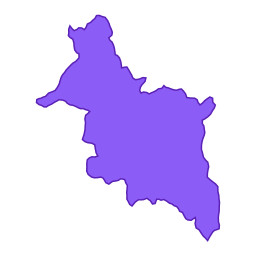 the district of Borda da Mata, Minas Gerais, Brazil
{"feature_id": "56859067B81433489923688", "entity_name": "Borda da Mata", "entity_type": "district", "adm_level": 2, "iso_a3": "BRA", "parent_name": "Brazil", "parent_adm1": "Minas Gerais", "projection": "equal_earth", "projection_center": [-46.16, -22.254], "detail": "fine", "context": "isolated", "style": "filled", "palette": "violet", "viewbox_px": 256, "rotation_deg": 0, "n_neighbors": 0, "source": "geoboundaries", "source_scale": "gbopen_adm2", "svg_char_len": 3030}
<svg xmlns="http://www.w3.org/2000/svg" viewBox="0 0 256 256"><path d="M105.2,17.4L102.0,16.5L99.2,15.4L96.5,15.6L95.0,18.4L92.6,20.4L90.5,22.5L87.4,24.0L86.0,27.4L84.3,29.7L81.8,28.0L78.8,27.8L76.7,29.6L74.0,30.6L72.0,28.6L69.9,25.9L68.7,29.3L68.8,32.9L68.4,35.7L70.2,37.6L72.9,39.3L73.9,43.2L74.1,46.4L74.7,49.9L76.6,52.6L79.0,54.0L79.0,57.9L75.7,61.5L72.9,63.1L70.7,65.2L68.0,68.0L66.0,70.3L64.5,72.6L62.8,74.5L61.3,77.0L60.1,80.7L59.2,84.0L57.3,87.5L55.1,90.5L53.1,91.4L48.6,93.1L45.5,96.4L42.9,97.2L40.9,98.3L38.9,98.6L36.8,99.6L36.5,102.6L39.1,104.6L41.8,105.5L44.0,106.9L46.4,106.9L48.3,105.6L51.6,104.1L54.1,102.5L56.1,101.4L59.1,99.8L62.8,100.1L65.6,101.3L67.1,103.1L69.8,104.8L73.3,105.4L76.1,106.6L78.3,107.8L80.7,108.7L83.4,108.6L85.4,109.6L87.8,110.2L89.7,111.5L87.9,113.5L85.7,115.2L84.9,118.8L85.5,122.8L85.2,126.0L85.0,129.9L84.1,134.3L82.4,139.5L84.7,141.5L87.8,142.7L91.8,143.2L94.8,144.8L95.3,148.6L96.1,152.7L97.8,156.0L94.9,157.0L91.6,156.8L89.1,158.1L87.3,159.8L86.8,163.7L86.9,167.3L86.7,171.1L88.2,174.5L91.5,177.0L94.4,177.8L97.8,177.6L100.9,177.1L103.0,178.0L104.4,180.1L105.9,182.7L108.9,184.1L112.5,181.4L115.5,181.0L118.2,180.4L120.6,178.9L122.6,179.0L124.7,179.6L125.9,183.1L127.3,185.3L127.1,188.8L126.7,192.6L127.0,195.5L126.9,199.1L128.1,201.2L129.7,204.4L132.0,206.0L133.5,204.2L135.4,201.9L138.4,199.8L141.2,199.8L143.6,199.6L146.9,198.3L150.3,200.7L152.5,204.0L155.1,203.5L156.7,199.2L158.8,199.2L161.0,200.2L163.8,199.5L166.7,201.1L169.5,203.2L172.0,204.0L174.0,205.6L176.8,206.7L178.4,208.7L179.7,211.3L182.5,212.5L184.1,215.7L185.7,218.6L187.7,219.9L191.1,220.3L193.3,218.8L195.2,217.5L195.7,220.3L195.1,223.7L196.1,227.9L199.2,229.9L200.6,232.2L202.0,234.3L203.5,236.3L205.3,237.9L207.6,240.6L209.5,237.1L211.4,234.0L212.8,231.9L214.6,230.3L216.6,229.7L219.1,228.8L219.4,225.1L218.5,222.0L218.3,218.1L218.5,215.4L219.1,211.5L219.3,205.6L219.5,202.2L219.0,199.0L218.8,195.4L217.9,191.6L217.8,186.6L215.4,183.8L212.8,181.9L210.2,179.8L207.3,177.2L207.4,173.3L208.0,169.7L208.7,166.7L207.8,162.3L205.6,160.1L203.5,157.3L202.4,152.7L201.4,149.3L201.5,144.7L202.0,141.9L202.8,138.8L204.1,135.5L204.8,132.6L204.3,129.3L203.9,126.2L202.4,123.7L202.3,120.2L204.8,118.9L207.9,116.7L210.5,114.2L212.5,110.7L214.4,107.8L215.3,105.0L212.8,102.3L212.6,98.2L209.9,97.0L207.0,98.9L204.7,100.7L202.4,103.2L200.0,104.9L198.1,102.5L197.1,99.7L194.7,98.2L190.1,98.0L186.8,97.6L185.6,94.0L183.5,91.1L181.4,89.0L179.2,89.3L176.6,90.2L173.9,89.9L170.6,88.8L168.1,87.8L165.7,87.3L163.9,85.6L161.8,88.4L158.5,88.8L156.1,90.6L153.9,91.8L151.4,92.8L149.1,93.9L146.7,92.5L143.5,92.0L141.1,93.1L139.7,90.6L140.3,87.5L142.0,84.7L145.0,81.5L145.9,77.9L142.8,77.6L139.3,79.1L135.5,79.7L132.8,78.0L131.6,75.0L130.2,72.6L128.8,70.1L126.9,67.0L124.6,67.2L121.6,67.9L121.3,64.7L120.7,61.4L119.4,57.8L117.4,55.5L115.3,54.7L114.8,51.3L114.3,48.0L113.3,44.7L112.0,42.0L109.9,40.2L108.8,37.8L111.9,35.0L112.3,32.3L111.3,29.3L109.9,26.3L109.1,23.7L107.7,20.7L105.2,17.4Z" fill="#8b5cf6" stroke="#5b21b6" stroke-width="1.5"/></svg>